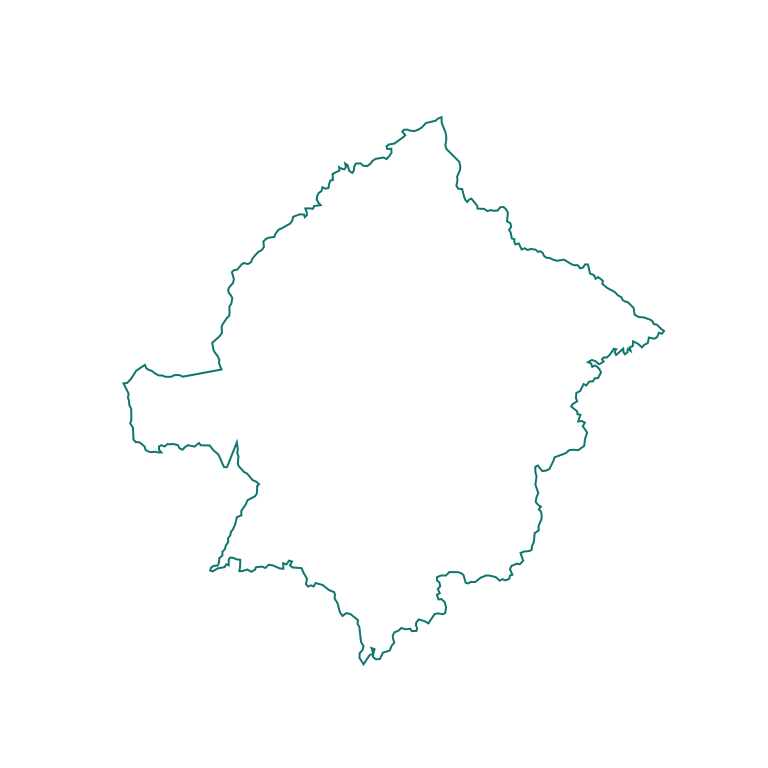 Recursolândia, Tocantins, Brazil, rotated 20°
{"feature_id": "56859067B91371942486930", "entity_name": "Recursolândia", "entity_type": "district", "adm_level": 2, "iso_a3": "BRA", "parent_name": "Brazil", "parent_adm1": "Tocantins", "projection": "albers", "projection_center": [-47.121, -8.697], "detail": "fine", "context": "isolated", "style": "outline", "palette": "teal", "viewbox_px": 768, "rotation_deg": 20, "n_neighbors": 0, "source": "geoboundaries", "source_scale": "gbopen_adm2", "svg_char_len": 6166}
<svg xmlns="http://www.w3.org/2000/svg" viewBox="0 0 768 768"><g transform="rotate(20 384 384)"><path d="M346.8,113.6L343.8,116.3L342.4,119.0L334.2,124.4L331.7,130.1L329.4,133.1L326.2,135.9L322.2,137.0L318.9,137.0L315.7,138.3L314.9,140.7L318.9,142.9L317.7,145.4L311.4,154.6L306.7,157.2L305.1,159.7L306.5,162.0L310.4,160.5L311.9,163.9L311.2,167.6L309.4,171.7L306.0,171.4L299.0,175.4L296.8,178.5L296.0,181.6L293.8,184.9L289.7,186.0L286.5,184.7L282.1,186.5L281.7,190.3L282.6,193.2L282.1,196.4L278.6,195.8L275.0,190.8L272.1,190.1L274.1,193.3L273.2,195.9L270.6,196.2L267.7,195.6L269.1,198.7L263.9,204.1L266.2,209.9L264.0,211.1L264.0,214.9L264.8,218.9L262.1,220.5L258.9,220.2L259.2,224.2L257.3,226.9L256.9,230.4L257.7,233.7L260.7,236.3L263.3,237.6L257.4,240.7L257.3,243.7L253.8,244.4L250.1,246.0L252.4,248.7L253.8,251.6L252.5,254.3L250.7,252.1L246.8,253.4L241.4,257.9L241.9,261.5L241.1,265.1L234.6,272.8L232.0,275.1L230.5,280.5L230.7,283.3L225.4,286.1L223.4,288.2L221.9,291.4L224.3,296.2L223.5,299.7L220.6,303.1L218.1,309.1L217.4,311.7L217.5,314.9L215.0,317.9L211.3,318.1L209.5,319.8L207.0,326.7L204.0,328.4L202.8,331.0L207.0,336.6L207.6,340.6L205.4,346.3L205.4,349.1L207.3,351.6L210.2,353.3L212.2,355.4L213.0,361.0L212.2,364.2L214.7,370.3L215.2,373.1L213.7,376.0L212.0,382.8L211.8,385.7L214.2,391.2L213.2,395.3L208.5,404.1L211.8,409.9L213.7,411.8L218.5,415.0L220.9,417.6L221.8,420.8L226.3,426.0L192.5,445.9L189.2,445.6L186.4,446.3L183.8,447.5L181.6,450.0L176.0,452.0L172.4,451.9L169.5,453.0L165.5,452.5L161.4,451.1L158.3,451.2L155.3,450.5L152.8,447.8L146.6,456.3L144.4,466.1L142.2,470.9L139.0,472.5L147.4,480.5L147.9,484.1L150.2,487.2L151.9,490.9L155.0,493.9L159.0,504.5L158.9,507.7L163.0,510.9L167.6,521.9L170.5,523.5L173.7,522.5L176.7,523.2L180.3,524.6L182.3,527.3L184.8,528.0L187.7,528.0L192.5,525.8L195.6,525.5L198.2,524.4L195.1,522.8L193.9,519.7L195.7,517.7L199.2,517.7L201.1,514.5L203.7,513.8L206.0,512.6L211.2,511.9L213.9,514.4L217.2,514.6L218.6,511.3L220.6,508.6L227.4,507.6L230.3,502.8L232.9,504.2L241.2,501.4L246.2,504.5L252.7,507.0L261.9,516.7L264.9,516.0L265.7,489.2L269.1,495.6L269.6,499.0L272.0,501.8L273.8,508.7L275.6,510.9L282.7,514.6L286.0,515.0L293.3,519.2L297.4,519.5L300.8,520.9L299.7,523.1L302.0,530.4L301.2,533.6L295.5,539.9L295.3,544.5L293.3,552.1L294.9,556.2L291.3,559.4L292.2,567.1L291.7,572.8L290.7,575.3L291.3,578.7L290.2,582.4L291.7,585.9L290.6,589.7L291.0,593.7L289.5,596.8L290.8,600.5L288.8,603.9L290.0,608.3L289.9,611.4L286.2,613.1L284.4,615.5L284.4,618.7L287.3,618.6L290.8,614.1L296.8,610.7L297.5,607.3L300.1,607.5L298.2,602.3L298.7,599.8L302.0,598.8L305.0,599.3L309.1,598.3L311.4,605.5L312.0,609.3L314.7,608.4L319.0,605.1L323.6,605.8L326.3,602.5L326.4,599.9L332.0,597.2L335.3,597.5L337.6,593.2L341.5,592.5L349.3,592.9L352.6,592.1L350.5,586.9L354.0,586.9L355.3,582.4L358.3,582.3L357.6,586.5L360.7,587.7L369.6,585.2L372.9,588.9L378.2,593.2L379.1,598.7L381.8,600.3L384.2,598.2L387.1,598.3L387.8,594.4L395.2,593.9L403.0,596.5L408.3,596.6L410.0,598.8L411.0,602.5L415.2,605.8L420.6,613.5L424.3,616.2L426.9,612.2L431.2,611.7L440.3,614.8L441.1,618.4L443.8,620.5L450.6,634.2L454.5,637.5L454.8,641.5L453.2,645.2L454.6,649.7L460.6,654.4L463.2,643.8L466.2,641.1L466.9,644.2L470.5,645.5L474.2,643.8L474.9,636.8L480.6,632.4L480.7,627.4L482.1,623.6L479.3,619.7L478.2,617.2L478.8,613.7L482.2,610.6L483.6,607.4L488.6,607.0L492.4,605.0L494.7,606.7L499.0,604.9L498.7,602.1L496.5,599.9L495.9,597.0L497.2,593.3L503.7,593.0L507.6,593.8L510.2,582.9L513.1,581.1L518.1,580.2L519.9,578.1L518.6,572.4L515.3,567.9L511.4,566.5L508.9,567.8L505.8,564.0L507.9,561.4L504.7,558.3L506.0,554.8L503.7,551.3L501.0,550.6L499.9,547.3L503.3,544.3L507.7,542.7L509.8,538.3L518.4,535.4L521.3,535.4L524.1,536.4L528.7,542.8L531.7,542.5L533.1,540.3L537.3,539.0L541.1,532.9L545.5,529.0L548.4,528.0L555.0,527.2L559.9,529.2L562.3,526.8L565.2,527.0L568.3,524.3L568.0,520.9L569.9,519.3L565.8,515.1L565.9,511.5L570.2,507.4L573.2,507.0L575.3,502.5L570.1,496.1L573.1,493.4L577.7,491.3L579.5,489.1L578.5,485.6L578.9,481.4L576.6,472.6L579.5,468.6L577.8,464.8L578.2,457.0L577.4,454.2L575.3,450.3L572.3,448.8L573.4,445.6L570.6,445.0L566.9,443.0L566.0,438.1L566.3,433.8L560.7,426.8L558.9,418.5L556.6,415.4L554.5,410.2L556.3,408.0L562.5,411.7L566.0,409.9L568.5,407.3L569.5,398.0L569.3,394.6L578.4,386.9L580.7,382.8L583.7,381.3L589.2,379.7L593.3,373.7L591.7,367.0L591.5,360.2L585.2,355.6L586.0,351.6L582.7,351.1L579.3,352.8L579.1,345.7L576.1,346.2L575.0,343.7L567.5,341.1L568.3,338.2L571.4,334.2L569.1,331.4L567.8,326.6L570.7,323.6L571.6,315.8L574.6,316.2L576.0,311.5L579.4,310.1L580.2,306.5L583.1,305.2L584.0,298.9L581.5,296.5L578.8,295.0L576.0,294.4L573.8,296.7L571.7,293.9L568.2,293.7L571.1,290.3L575.1,290.3L579.1,291.9L581.1,290.1L582.7,287.7L580.4,286.2L581.5,283.7L584.1,283.1L586.1,279.5L587.9,272.4L590.3,271.9L589.8,275.0L592.2,277.3L596.7,269.0L598.1,272.0L600.1,273.7L601.9,271.2L601.1,267.7L604.5,268.6L602.3,265.5L604.8,263.4L603.5,258.7L608.8,259.3L613.9,261.4L615.1,258.2L617.9,255.3L617.0,249.8L622.5,249.0L624.6,246.5L624.8,241.9L628.0,241.6L629.0,238.3L625.8,237.5L620.0,234.9L617.0,235.5L615.3,233.5L612.5,232.5L605.3,232.6L600.7,233.9L595.8,233.2L592.5,227.1L585.1,223.7L581.9,224.0L579.2,223.2L577.5,221.3L573.5,220.7L569.4,218.6L561.1,217.4L554.9,215.3L554.5,212.3L551.6,211.1L548.4,210.4L546.9,212.7L543.9,209.8L539.9,209.8L534.8,201.9L532.0,202.9L531.3,206.4L528.7,208.2L525.4,206.1L521.9,207.4L519.2,207.3L510.6,205.6L504.8,208.9L500.8,209.4L496.8,208.9L493.2,209.8L490.6,208.9L488.1,206.5L485.5,205.8L483.3,207.2L480.6,205.9L475.6,206.9L473.2,209.0L469.8,208.3L467.4,210.6L462.6,205.8L459.7,207.9L457.9,205.9L457.1,203.4L454.3,203.5L451.2,198.3L448.8,196.4L449.8,192.9L447.8,189.7L444.0,189.1L441.8,180.6L438.7,177.9L435.8,176.8L432.8,178.1L431.5,182.1L428.1,183.6L424.4,184.3L422.0,186.1L418.2,185.2L411.9,187.2L410.6,184.6L402.7,179.9L400.9,181.6L400.0,184.5L397.5,183.2L395.2,180.6L390.8,174.1L387.1,175.1L384.2,173.0L383.4,167.5L381.8,164.3L382.3,156.8L381.2,153.3L378.7,149.4L362.4,141.9L360.0,138.8L359.0,133.2L357.6,129.6L355.9,126.7L349.0,119.0L346.8,113.6ZM466.2,641.1L462.6,636.4L465.8,636.4L466.2,641.1Z" fill="none" stroke="#0f766e" stroke-width="2"/></g></svg>